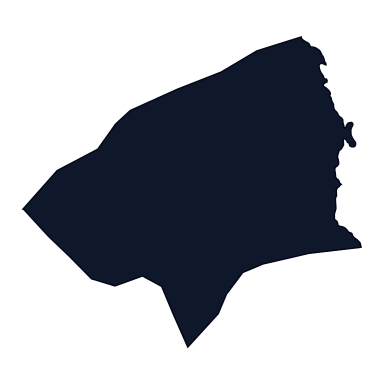 Safaga, Al Bahr al Ahmar, Egypt
{"feature_id": "37247803B18851026884182", "entity_name": "Safaga", "entity_type": "district", "adm_level": 2, "iso_a3": "EGY", "parent_name": "Egypt", "parent_adm1": "Al Bahr al Ahmar", "projection": "equal_earth", "projection_center": [33.857, 26.735], "detail": "fine", "context": "isolated", "style": "filled", "palette": "ink", "viewbox_px": 384, "rotation_deg": 0, "n_neighbors": 0, "source": "geoboundaries", "source_scale": "gbopen_adm2", "svg_char_len": 2198}
<svg xmlns="http://www.w3.org/2000/svg" viewBox="0 0 384 384"><path d="M23.0,209.1L23.6,209.2L48.5,236.3L69.4,256.3L91.6,278.8L114.7,285.8L114.9,285.9L142.0,276.1L142.4,275.9L161.7,286.4L172.8,313.0L187.8,347.0L218.2,313.7L226.4,294.2L242.8,272.4L263.1,263.9L308.9,253.3L361.0,247.2L360.8,245.9L360.0,242.9L359.2,242.0L357.2,239.9L355.3,238.5L353.6,237.3L352.6,235.6L351.7,233.4L350.6,232.9L349.6,232.6L348.5,232.2L346.8,229.8L344.7,227.8L342.9,227.0L339.9,226.3L338.6,226.0L338.0,225.2L337.3,222.1L336.5,221.1L334.4,219.3L334.4,216.9L334.3,214.2L335.0,211.7L335.9,208.4L335.4,200.9L335.4,199.3L335.3,198.4L336.5,195.7L336.2,190.6L337.3,187.7L338.8,186.8L339.5,185.9L339.8,185.4L341.2,184.4L340.2,183.7L339.3,182.2L338.8,180.6L338.1,179.8L336.5,178.6L335.6,177.2L335.3,173.4L334.8,170.6L334.8,168.6L335.7,166.8L336.6,166.5L337.3,165.9L338.6,163.9L338.7,163.3L338.4,161.1L338.1,159.3L337.5,157.6L337.7,155.0L338.4,152.8L339.3,150.0L340.2,149.8L340.8,149.3L341.3,148.8L341.9,147.9L342.6,146.7L343.5,144.9L343.4,142.4L343.3,140.0L343.9,138.9L345.5,138.8L346.6,140.6L347.6,142.4L348.6,142.8L349.1,143.1L349.7,145.6L351.3,146.7L353.7,146.8L354.7,146.4L355.6,144.6L355.4,142.3L354.5,141.2L353.1,139.2L352.0,137.2L351.1,135.1L350.9,133.2L350.8,129.6L351.9,126.8L352.9,124.7L352.5,123.1L351.7,122.5L350.1,122.6L347.9,123.3L346.7,125.1L345.8,127.6L344.7,128.2L344.0,126.9L343.6,125.0L342.9,122.7L342.7,119.7L341.5,118.0L339.6,116.7L338.5,115.6L337.3,113.0L336.3,111.7L335.0,110.6L334.0,108.7L333.5,106.6L333.5,104.7L332.7,102.7L332.2,102.4L330.8,97.3L329.5,96.4L329.9,95.1L330.3,93.9L330.2,92.9L328.9,90.7L327.9,89.7L326.3,88.2L323.3,86.2L323.1,85.3L324.2,83.2L325.5,82.7L326.9,82.0L327.1,80.3L326.3,79.0L325.1,79.3L323.9,78.1L323.1,75.7L322.1,74.4L320.7,72.2L319.4,69.0L318.9,65.6L319.7,64.1L320.7,63.4L322.6,63.4L324.4,64.3L325.9,64.8L325.9,63.9L325.5,62.9L324.7,61.9L323.6,57.9L322.8,56.1L322.2,56.0L321.6,54.1L320.5,52.1L319.6,50.6L315.9,48.0L313.6,47.2L311.2,47.0L310.5,46.7L309.7,45.5L309.3,44.2L307.7,42.7L306.5,42.3L303.3,40.3L301.5,38.6L301.2,37.0L256.9,50.9L221.1,72.1L177.3,89.3L130.3,110.5L115.7,124.0L97.8,149.2L57.2,170.6L23.0,209.1Z" fill="#0f172a" stroke="#020617" stroke-width="1.5"/></svg>